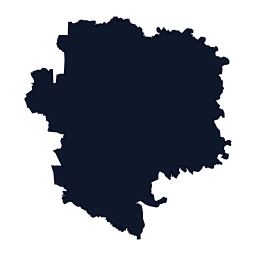 outline of Pénjamo, Guanajuato, Mexico, rotated 269°
{"feature_id": "50627088B98341179464561", "entity_name": "Pénjamo", "entity_type": "district", "adm_level": 2, "iso_a3": "MEX", "parent_name": "Mexico", "parent_adm1": "Guanajuato", "projection": "mercator", "projection_center": [-101.833, 20.405], "detail": "fine", "context": "isolated", "style": "filled", "palette": "ink", "viewbox_px": 256, "rotation_deg": 269, "n_neighbors": 0, "source": "geoboundaries", "source_scale": "gbopen_adm2", "svg_char_len": 5812}
<svg xmlns="http://www.w3.org/2000/svg" viewBox="0 0 256 256"><g transform="rotate(269 128 128)"><path d="M73.6,54.1L73.5,55.6L71.0,60.0L71.5,63.8L70.4,63.0L69.3,63.3L67.0,67.0L65.6,66.0L65.0,64.8L65.6,62.5L65.3,62.1L63.5,63.7L62.6,62.6L62.8,63.9L61.9,64.4L60.5,64.0L60.5,62.0L58.6,61.2L58.2,62.1L55.0,62.3L53.7,63.4L56.1,67.8L55.5,71.2L53.8,72.4L51.6,75.1L50.9,76.5L50.8,79.6L48.7,80.6L48.2,82.9L47.3,82.8L47.1,84.4L47.5,85.1L45.5,85.6L43.2,87.2L42.3,89.1L40.5,89.9L39.6,91.7L41.3,95.5L40.0,96.8L40.7,97.2L41.1,98.4L39.9,100.4L39.9,103.2L40.5,104.0L39.6,104.3L39.8,104.9L38.9,105.5L38.0,105.8L37.3,104.9L37.0,105.9L35.1,106.1L35.3,107.9L34.3,108.6L34.5,109.3L33.5,109.8L32.6,109.5L32.4,110.9L31.4,112.0L30.7,111.4L30.7,112.2L29.9,112.5L30.6,113.2L29.9,113.4L30.0,114.1L28.4,114.7L27.3,117.3L26.1,117.4L26.3,118.4L27.3,118.8L25.6,120.2L25.2,119.9L24.9,120.8L25.3,121.4L26.5,121.6L26.3,123.4L28.4,123.8L28.6,126.4L25.8,126.2L25.4,127.4L24.2,127.3L24.7,128.3L24.4,128.7L22.6,128.3L22.6,129.9L22.1,129.8L21.7,131.1L21.9,132.3L20.9,132.7L21.4,133.5L19.8,135.8L17.1,135.7L17.3,138.0L21.6,137.8L24.1,140.0L27.3,140.4L29.3,142.2L31.2,142.4L37.0,140.7L43.7,140.7L49.9,139.6L51.6,137.2L51.9,133.7L52.8,133.2L53.9,133.5L53.9,135.9L55.4,137.5L55.5,139.2L54.9,140.7L52.0,144.3L50.3,148.1L48.8,155.1L49.6,157.0L52.3,158.1L52.3,160.7L53.4,162.6L53.0,163.9L53.8,164.6L56.7,165.2L57.8,162.2L55.7,159.7L53.8,155.2L53.9,153.9L55.6,152.6L60.2,152.0L59.9,150.4L60.4,151.0L61.3,150.7L61.5,149.6L64.4,149.1L64.5,149.7L65.6,149.3L70.4,150.4L73.6,149.4L76.6,156.7L81.4,156.9L84.4,157.9L84.6,159.9L83.2,162.0L83.2,163.2L79.5,165.2L76.1,169.0L76.5,169.3L77.8,168.4L78.9,169.3L82.5,170.6L82.0,172.3L79.3,171.7L79.5,173.6L78.0,174.2L77.6,175.3L81.0,177.1L82.2,178.5L84.9,177.4L88.8,178.8L88.5,180.2L86.3,180.6L83.3,184.2L84.1,185.3L87.4,184.8L87.8,186.5L83.9,188.7L81.5,191.4L83.0,191.5L84.7,192.7L83.6,196.3L83.7,197.9L86.4,200.7L88.9,201.6L89.8,203.7L89.8,204.5L87.8,204.7L87.1,205.7L88.1,207.2L86.9,209.5L86.5,212.1L87.7,212.8L89.7,212.5L90.3,214.6L91.5,216.5L90.6,217.1L91.1,218.8L90.3,220.8L91.4,220.9L92.4,219.1L96.2,215.7L99.9,217.1L100.9,218.2L100.9,220.1L100.0,223.2L99.1,223.2L97.2,221.7L97.2,222.9L96.1,223.4L95.5,225.9L96.2,227.1L99.7,227.7L100.6,224.8L102.0,223.4L103.5,224.0L104.8,222.9L106.6,222.9L108.2,223.6L109.8,225.6L110.4,227.6L109.4,228.7L109.0,230.0L109.7,230.2L111.3,229.5L112.6,230.4L113.7,228.9L112.3,224.8L113.1,224.0L115.2,223.9L116.5,222.7L116.6,219.7L123.5,219.2L126.4,216.5L133.3,213.2L135.5,214.7L135.1,215.6L135.7,217.8L139.6,220.7L139.3,222.2L137.4,223.0L137.3,224.0L140.8,224.0L144.2,222.8L144.7,221.0L146.6,218.1L147.3,218.1L148.0,219.5L148.6,219.7L150.9,217.3L154.2,215.7L155.3,216.4L155.1,218.0L156.1,219.8L156.9,220.1L158.5,219.4L162.4,222.7L164.0,222.7L166.2,224.0L167.2,222.6L173.2,223.0L173.6,221.6L176.0,221.1L178.0,219.8L178.4,218.0L178.9,217.9L180.6,219.9L181.0,222.2L185.4,222.8L186.4,222.1L187.8,222.3L189.8,224.5L190.5,229.0L191.2,229.8L193.4,229.7L195.2,228.6L197.0,225.1L195.7,221.4L197.4,219.8L197.1,218.5L198.2,216.7L198.9,216.1L202.1,215.9L203.4,216.7L204.3,218.9L206.4,218.6L207.6,217.4L206.0,215.7L206.9,214.5L206.7,212.0L208.5,209.9L208.7,207.1L212.5,204.3L213.5,206.2L216.2,206.6L217.1,204.8L217.2,202.6L214.1,199.6L216.0,196.5L217.4,195.7L217.3,193.9L217.8,193.0L219.5,193.8L220.3,192.0L221.4,191.3L222.3,192.1L222.5,194.3L224.1,194.3L225.3,193.3L226.0,189.0L223.9,186.3L222.3,185.3L221.2,182.9L224.1,179.7L223.7,178.4L224.7,176.1L224.3,174.0L221.8,173.4L223.0,172.3L222.2,171.3L222.6,170.3L223.1,170.7L224.6,169.9L223.8,169.1L223.7,167.3L225.5,167.0L225.5,166.3L227.2,165.5L224.8,164.0L224.5,162.2L227.2,160.8L227.7,159.7L226.7,158.8L224.5,159.1L223.4,160.0L224.0,161.8L220.6,161.7L219.3,159.9L220.9,159.1L220.6,157.7L218.4,155.7L218.8,154.4L217.6,154.6L216.3,153.9L216.8,152.5L218.1,152.5L218.0,151.3L216.9,151.5L218.3,149.4L218.0,148.8L218.5,147.5L218.0,147.3L218.2,146.4L217.5,146.3L217.9,145.5L219.7,145.6L219.4,144.8L219.8,143.5L221.1,144.0L221.9,145.1L224.0,143.2L226.5,143.3L228.4,141.3L227.6,140.2L228.0,138.4L229.3,138.2L230.0,136.9L230.8,136.7L231.8,132.9L233.8,131.0L236.0,130.7L235.0,130.0L236.6,129.1L236.1,128.3L236.4,127.2L235.1,127.1L235.7,125.2L234.9,125.1L234.9,124.2L236.1,124.5L236.2,123.7L237.4,123.5L237.6,122.4L236.5,121.1L235.6,121.2L235.4,120.5L236.8,120.5L236.1,119.7L236.3,119.2L237.1,119.6L238.6,118.9L238.1,118.5L238.8,118.1L238.3,117.5L238.9,116.8L238.8,115.7L236.8,115.1L237.0,114.0L236.0,113.7L236.0,112.8L234.5,113.0L234.2,111.2L232.3,108.8L232.0,107.3L233.6,106.5L233.3,105.5L231.8,104.8L232.5,101.8L231.6,101.2L232.1,98.9L231.2,98.5L230.5,98.8L230.1,98.1L231.4,96.6L235.0,96.9L234.8,95.4L235.4,95.1L234.6,91.6L235.8,88.4L235.5,87.4L235.9,86.9L235.6,85.8L236.3,84.2L236.3,82.4L235.7,82.0L235.8,81.0L233.2,79.9L234.0,79.1L232.8,75.8L233.5,72.8L234.5,73.0L234.4,70.7L221.1,70.1L221.5,61.0L217.1,59.3L215.2,59.5L213.6,58.6L210.2,59.7L209.8,61.2L208.5,61.0L208.3,62.0L206.8,64.1L205.9,64.5L205.9,66.2L197.0,66.5L182.6,65.5L182.7,61.3L181.9,58.1L173.8,57.3L173.1,53.4L187.5,53.2L187.4,51.2L185.0,49.5L188.3,47.1L189.0,43.7L188.0,43.2L186.9,41.5L187.1,38.8L185.7,34.4L184.6,34.9L184.5,32.4L182.4,32.8L178.4,35.2L176.5,35.7L174.1,35.5L174.0,33.8L173.4,34.7L171.8,34.2L171.0,33.2L167.6,33.7L163.1,27.2L161.2,28.2L158.8,25.6L154.5,27.4L150.7,28.2L150.4,29.8L145.1,32.9L145.8,36.7L146.8,38.5L144.5,38.6L144.7,40.6L144.1,41.9L145.0,43.6L144.0,44.4L142.6,44.0L142.8,46.4L137.0,47.1L137.4,48.4L133.0,50.2L132.7,49.1L129.5,49.5L128.7,48.8L126.8,49.7L127.0,48.4L126.5,48.5L125.6,57.0L123.6,61.3L124.1,63.2L122.7,64.6L120.5,63.7L120.4,64.2L118.1,63.7L118.6,61.8L116.0,60.9L112.1,62.2L108.5,61.3L107.0,57.0L107.7,57.1L106.3,53.7L104.4,55.7L90.5,62.0L91.1,56.3L90.7,55.3L91.3,51.5L84.5,53.4L73.6,54.1Z" fill="#0f172a" stroke="#020617" stroke-width="1.5"/></g></svg>